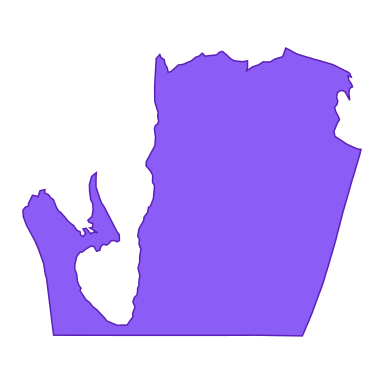 Palmares do Sul, Rio Grande do Sul, Brazil (Equal Earth projection)
{"feature_id": "56859067B50584819679722", "entity_name": "Palmares do Sul", "entity_type": "district", "adm_level": 2, "iso_a3": "BRA", "parent_name": "Brazil", "parent_adm1": "Rio Grande do Sul", "projection": "equal_earth", "projection_center": [-50.484, -30.349], "detail": "fine", "context": "isolated", "style": "filled", "palette": "violet", "viewbox_px": 384, "rotation_deg": 0, "n_neighbors": 0, "source": "geoboundaries", "source_scale": "gbopen_adm2", "svg_char_len": 3227}
<svg xmlns="http://www.w3.org/2000/svg" viewBox="0 0 384 384"><path d="M285.7,48.1L284.1,52.9L282.6,56.7L275.1,59.0L270.0,62.0L263.0,61.9L258.7,64.8L252.6,66.8L246.5,70.9L247.6,66.9L247.5,60.8L242.8,61.7L236.2,61.0L233.6,60.6L229.8,58.0L227.1,55.3L224.4,53.1L222.4,51.4L219.2,52.4L216.7,54.8L213.9,55.2L209.4,55.6L205.3,56.2L202.2,53.2L199.4,55.9L195.6,57.3L191.5,60.7L189.5,61.6L187.6,62.4L183.2,64.3L178.2,65.1L170.9,71.7L168.1,72.2L167.3,68.0L165.1,64.1L164.1,59.6L161.0,57.5L159.8,54.5L156.2,58.6L154.6,87.5L154.8,101.1L155.5,104.1L158.1,112.4L157.7,116.7L158.6,121.1L157.7,123.8L155.4,125.6L154.4,128.8L155.5,137.0L154.9,145.8L151.8,151.4L146.3,161.6L146.0,165.8L150.4,170.9L152.7,175.3L152.5,182.3L154.5,185.6L153.4,198.6L150.4,206.1L148.4,207.4L147.7,212.3L144.1,217.0L143.6,220.6L139.0,228.7L137.7,236.1L139.4,239.1L139.0,244.1L140.9,249.2L139.7,256.5L139.7,261.8L138.0,268.1L139.8,275.5L138.9,281.6L139.0,285.4L137.7,287.9L137.4,292.4L136.9,295.1L134.3,297.5L132.9,301.9L135.0,307.1L132.7,313.3L132.8,316.9L127.0,325.1L120.6,325.1L117.5,325.4L106.9,321.0L104.9,318.3L96.7,309.6L92.9,306.8L89.5,302.4L86.1,299.9L80.0,290.7L81.0,288.2L79.1,285.7L77.4,281.1L77.1,277.7L76.6,273.9L74.8,269.2L74.8,264.9L76.7,256.6L79.9,252.3L82.3,252.0L85.8,249.2L91.1,246.0L94.1,246.7L96.6,251.3L99.9,250.2L100.8,246.5L103.3,244.2L106.4,245.1L108.6,243.7L111.1,240.8L114.2,240.5L117.0,241.8L119.4,240.6L119.3,234.6L117.0,231.7L104.2,206.9L101.5,203.0L100.1,199.3L96.0,187.1L96.0,179.3L96.3,172.7L93.5,174.9L91.6,176.5L89.4,184.5L89.6,191.2L90.7,199.6L92.7,203.7L93.1,209.6L92.0,216.5L87.9,220.3L89.1,222.3L92.9,223.7L92.5,227.4L89.9,227.9L97.7,232.7L93.7,232.1L90.8,233.7L86.1,228.3L83.0,229.0L85.6,233.4L83.2,236.6L80.5,234.9L80.2,231.9L76.9,230.3L73.4,225.3L71.1,223.8L67.7,220.7L64.8,217.0L60.5,212.3L58.3,210.7L56.3,207.1L53.3,199.4L50.8,197.8L48.4,194.6L44.7,193.1L44.9,189.6L40.0,190.7L38.0,196.7L35.7,195.9L32.4,195.3L29.8,200.9L28.5,203.3L28.4,206.1L25.3,207.1L23.0,210.1L23.3,216.6L26.4,225.0L34.8,240.6L38.4,248.8L43.6,263.4L45.4,274.6L46.6,278.9L53.6,335.2L123.7,335.3L169.3,335.3L216.7,335.3L222.2,335.3L256.7,335.2L302.3,335.9L304.5,331.0L306.0,327.3L308.1,322.5L310.9,315.8L312.2,312.6L313.5,309.0L314.6,305.9L316.3,301.3L317.9,297.0L318.9,294.3L320.3,290.7L321.4,287.6L322.5,284.5L324.0,280.1L325.5,274.8L326.8,270.6L328.7,264.5L329.9,260.3L331.0,256.3L332.4,251.9L333.3,248.5L334.3,245.1L336.0,239.1L337.4,233.4L338.7,228.6L339.6,225.3L340.4,221.8L341.6,217.5L342.5,213.6L343.6,209.8L345.2,204.3L346.2,200.8L347.2,197.4L348.3,193.7L349.9,187.8L351.2,183.3L352.3,179.3L353.5,175.8L354.3,173.2L355.3,169.8L356.5,165.6L357.8,161.3L358.8,157.9L359.9,154.1L361.0,149.3L358.1,149.2L355.7,148.2L352.7,146.9L346.5,144.0L334.9,136.3L333.9,131.4L337.5,122.7L339.5,119.7L338.5,116.9L335.7,111.5L334.6,107.2L336.9,104.7L337.8,101.2L336.5,97.2L337.3,93.0L339.7,91.0L342.5,90.4L345.4,92.2L347.0,95.2L349.7,100.3L349.2,96.2L348.9,92.4L349.7,88.4L352.6,86.8L351.0,83.2L349.0,80.5L348.0,76.0L351.2,77.1L349.9,73.7L348.2,72.2L344.2,70.3L339.5,67.9L335.4,65.8L332.5,64.5L317.9,60.2L312.9,58.9L310.0,57.9L306.9,57.1L304.1,56.2L299.3,54.8L296.8,53.9L293.0,51.9L289.1,49.7L285.7,48.1Z" fill="#8b5cf6" stroke="#5b21b6" stroke-width="1.5"/></svg>